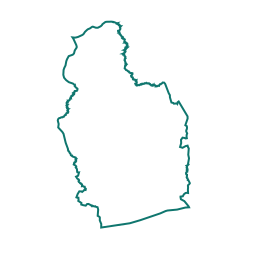 Kut Chap, Udon Thani, Thailand (Robinson projection), rotated 279°
{"feature_id": "78962969B39562479301608", "entity_name": "Kut Chap", "entity_type": "district", "adm_level": 2, "iso_a3": "THA", "parent_name": "Thailand", "parent_adm1": "Udon Thani", "projection": "robinson", "projection_center": [102.608, 17.437], "detail": "fine", "context": "isolated", "style": "outline", "palette": "teal", "viewbox_px": 256, "rotation_deg": 279, "n_neighbors": 0, "source": "geoboundaries", "source_scale": "gbopen_adm2", "svg_char_len": 5803}
<svg xmlns="http://www.w3.org/2000/svg" viewBox="0 0 256 256"><g transform="rotate(279 128 128)"><path d="M25.5,117.1L34.2,144.7L38.9,154.6L48.7,173.2L51.9,178.2L52.7,180.0L55.1,189.3L58.4,197.1L59.2,200.7L60.2,200.0L64.6,195.1L65.9,191.4L68.1,190.6L68.5,190.6L69.1,192.8L71.3,193.6L72.8,195.0L73.2,196.2L73.2,197.5L76.5,196.8L79.0,196.6L80.3,196.2L81.0,196.3L82.1,197.3L83.2,197.7L85.2,196.3L85.7,195.9L85.9,195.2L86.5,195.3L86.7,195.0L87.6,194.7L87.7,194.2L88.6,193.6L89.5,193.8L91.1,193.6L91.3,192.8L92.6,192.3L93.9,192.8L94.1,193.4L94.3,193.4L94.7,193.0L95.1,193.3L95.5,192.8L95.9,193.1L96.1,192.8L96.6,193.2L97.2,193.0L97.7,192.5L97.6,192.3L98.1,192.1L98.6,192.5L99.4,192.4L99.9,191.7L101.0,193.2L101.5,193.5L102.1,192.9L107.6,193.0L111.0,191.7L117.4,191.2L118.1,190.5L119.9,189.6L119.1,187.7L117.0,185.0L117.4,182.4L121.4,182.9L124.6,182.2L127.0,183.4L127.0,185.5L126.7,186.6L127.1,187.7L128.5,187.2L130.5,187.0L131.9,187.3L133.6,186.1L134.8,185.9L136.2,186.3L137.7,186.2L139.0,185.8L139.7,184.2L146.6,185.4L148.8,185.0L162.1,173.9L161.2,173.0L159.5,172.9L159.8,172.5L159.8,171.9L159.2,169.5L159.8,168.8L160.0,166.9L164.9,164.6L167.0,164.2L168.7,162.8L177.4,157.8L178.5,156.5L178.3,155.1L177.3,154.5L176.9,153.8L176.4,153.6L176.3,152.8L175.0,152.2L174.8,151.7L174.5,151.8L174.5,151.1L173.9,150.6L173.9,149.5L173.6,149.3L173.8,149.0L173.5,148.6L174.4,148.3L174.5,147.0L174.9,146.8L174.5,146.6L174.6,145.9L173.6,145.8L173.6,145.0L174.0,144.8L173.8,144.2L174.2,143.9L174.2,143.5L174.8,143.1L174.7,142.5L175.1,142.4L175.4,142.0L175.3,140.7L175.1,140.7L175.0,140.3L175.0,139.3L175.4,138.9L174.8,138.2L174.8,137.3L174.3,137.2L174.0,136.6L173.9,135.7L173.5,135.2L173.8,134.9L173.5,134.7L173.4,134.1L173.0,134.3L172.8,134.1L172.7,133.2L172.1,132.6L172.3,132.1L171.9,131.5L171.9,130.7L171.5,130.6L171.3,130.1L171.3,129.8L171.9,129.3L172.0,128.8L172.7,128.4L173.0,129.5L173.6,129.4L174.1,129.6L175.0,129.3L175.1,128.6L175.6,128.9L176.6,128.9L176.3,128.4L176.8,127.5L176.6,126.9L177.0,126.3L176.7,126.0L176.7,125.5L177.0,125.2L178.6,124.9L178.6,124.2L179.2,123.2L180.0,122.9L180.3,123.5L180.8,123.4L181.9,124.0L182.8,123.8L182.9,123.1L182.5,121.7L183.3,120.8L183.2,120.4L184.1,119.8L184.0,119.1L184.7,118.3L185.0,116.9L185.8,116.3L186.3,115.4L189.1,115.4L189.4,115.6L189.4,116.1L190.1,116.4L190.8,115.4L191.5,115.3L191.5,116.0L192.4,115.1L192.8,115.1L194.4,114.0L194.7,114.3L195.6,114.0L196.3,114.6L196.6,114.2L197.4,114.1L197.8,114.4L198.7,113.5L198.7,113.2L199.7,112.9L199.7,111.9L200.6,112.1L200.6,111.4L201.2,112.4L201.7,112.5L202.0,113.0L203.0,112.7L202.7,113.4L203.1,113.6L203.4,113.6L204.0,112.5L204.5,112.7L204.5,112.1L205.3,113.3L206.3,112.7L206.6,113.2L207.2,113.1L207.2,113.4L206.4,113.6L206.3,113.9L207.9,115.2L208.1,114.1L208.4,113.8L208.8,113.8L209.8,114.6L210.5,113.8L211.3,114.0L211.5,113.5L211.2,112.7L211.9,111.7L211.8,111.1L212.1,111.3L212.4,112.1L213.1,110.8L214.9,111.0L215.0,110.5L215.4,110.1L215.3,109.1L215.8,108.2L216.9,108.8L217.3,108.3L217.3,107.3L218.2,106.8L218.6,106.0L219.1,106.0L219.5,105.0L220.0,105.2L220.6,104.9L220.6,104.4L220.9,104.7L221.4,104.5L221.6,103.2L222.4,103.0L222.5,103.5L222.3,104.1L223.0,104.0L223.4,104.5L224.1,104.6L224.4,104.9L225.2,104.9L226.1,104.3L227.4,105.1L227.3,104.6L227.8,104.2L227.6,103.6L228.3,103.0L228.7,103.2L228.9,102.9L228.5,102.4L229.0,102.0L229.1,100.8L229.3,100.6L229.8,101.0L229.5,100.2L229.8,100.1L230.3,98.3L230.5,96.8L230.2,96.7L230.5,95.3L229.5,89.9L229.1,89.0L226.5,86.5L225.4,86.1L224.2,85.1L222.3,82.5L222.0,80.7L222.6,77.4L222.2,76.6L220.4,74.8L219.3,73.0L218.6,72.3L216.3,70.5L213.7,69.3L212.7,68.3L210.1,64.4L209.2,62.3L208.9,61.0L208.8,59.0L207.6,60.1L201.9,63.9L200.4,64.6L199.4,64.7L196.3,63.3L193.3,63.0L192.7,62.7L191.7,61.9L189.7,58.2L186.3,57.0L184.3,56.6L180.0,56.5L177.5,55.7L175.3,55.3L170.4,55.8L167.7,57.0L165.6,59.4L164.0,62.4L163.3,66.6L162.3,68.3L162.4,68.7L161.8,68.7L161.4,69.1L161.0,68.9L160.6,69.5L160.0,69.9L159.0,71.9L157.8,72.1L157.1,71.6L156.7,71.6L156.2,69.7L155.7,69.8L154.4,68.6L154.3,69.1L153.9,69.0L153.8,69.5L153.4,69.5L153.4,69.1L152.7,69.4L152.2,68.7L151.9,68.6L152.1,68.1L151.0,68.0L150.7,67.0L149.4,67.0L149.2,66.5L148.8,66.5L148.6,66.9L148.2,67.1L148.0,66.2L146.5,66.0L146.0,65.6L146.0,65.2L145.3,64.8L145.4,64.4L145.1,64.5L144.6,64.1L144.2,64.3L144.2,63.8L143.7,63.8L143.2,63.4L141.9,63.8L141.8,64.5L141.6,64.3L141.2,64.6L140.8,64.3L140.4,64.4L140.3,64.0L139.9,64.3L139.4,64.2L139.4,64.6L139.2,64.9L138.6,64.8L138.5,64.6L138.1,64.7L138.1,65.0L137.8,64.9L137.4,65.3L137.7,65.6L137.4,65.7L137.4,66.1L137.2,65.9L136.0,66.0L135.8,65.6L135.6,65.8L135.4,65.7L135.0,66.2L134.6,66.0L134.4,66.5L133.7,66.4L133.0,64.9L132.3,64.8L131.6,64.2L131.0,64.4L130.5,63.4L129.0,62.8L128.9,62.1L128.3,61.7L128.3,61.0L128.1,60.3L127.5,59.8L127.0,58.5L126.2,57.8L125.2,57.5L124.3,57.5L121.1,58.9L117.6,59.0L113.8,63.8L112.2,65.2L103.6,68.8L97.7,72.1L96.9,72.1L96.1,72.9L95.7,72.9L95.3,73.7L94.1,74.4L93.8,75.1L92.2,75.8L91.8,76.6L92.0,77.1L91.3,77.5L91.1,78.0L90.7,80.7L90.6,81.0L89.5,81.0L89.5,81.6L89.0,81.3L88.8,81.5L88.6,81.2L88.2,81.2L88.0,81.8L87.3,82.0L86.1,81.5L86.2,81.0L85.5,80.6L85.4,80.3L84.4,80.2L84.1,80.5L83.4,80.2L82.7,82.0L82.0,82.9L81.4,83.0L80.8,82.6L79.4,84.0L76.6,84.7L76.4,84.9L76.5,85.6L75.9,86.2L76.1,86.5L73.1,86.2L71.8,84.3L70.1,85.8L69.4,87.4L68.6,87.9L67.8,87.4L67.0,87.9L66.4,89.1L66.0,89.3L66.0,90.0L65.5,90.2L65.4,91.0L65.0,91.5L63.3,91.6L63.6,92.5L63.2,93.6L63.2,94.4L62.4,94.5L61.3,95.9L60.1,95.8L60.1,94.6L58.9,93.8L57.7,92.7L58.1,91.8L57.8,89.8L54.9,88.6L51.4,87.9L51.2,89.0L51.4,89.9L49.4,90.4L48.2,90.3L46.7,93.7L45.1,93.8L44.8,95.5L44.7,98.4L46.5,99.5L46.8,100.9L46.0,103.3L45.2,104.5L45.8,104.7L45.2,107.0L45.6,107.8L45.2,108.4L45.0,110.3L42.8,111.3L36.5,111.8L35.8,113.7L35.1,114.2L32.3,114.6L29.0,116.6L25.5,117.1Z" fill="none" stroke="#0f766e" stroke-width="2"/></g></svg>